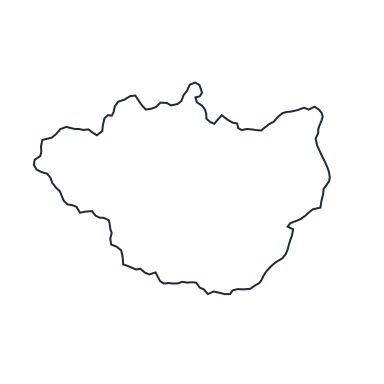 the district of Araújos, Minas Gerais, Brazil, rotated 255°
{"feature_id": "56859067B13724994892972", "entity_name": "Araújos", "entity_type": "district", "adm_level": 2, "iso_a3": "BRA", "parent_name": "Brazil", "parent_adm1": "Minas Gerais", "projection": "albers", "projection_center": [-45.174, -19.885], "detail": "fine", "context": "isolated", "style": "outline", "palette": "slate", "viewbox_px": 384, "rotation_deg": 255, "n_neighbors": 0, "source": "geoboundaries", "source_scale": "gbopen_adm2", "svg_char_len": 2266}
<svg xmlns="http://www.w3.org/2000/svg" viewBox="0 0 384 384"><g transform="rotate(255 192 192)"><path d="M263.9,48.4L259.1,46.2L253.8,47.7L250.1,51.9L247.1,56.9L242.1,59.0L237.0,59.4L231.1,61.9L226.8,64.6L221.7,65.2L216.6,65.9L212.1,68.8L210.3,72.9L207.6,76.6L201.0,78.4L200.6,84.2L199.4,90.5L194.2,92.7L191.1,96.1L189.8,100.3L186.1,104.4L180.9,104.0L177.1,103.5L173.1,103.8L168.2,101.0L162.2,100.3L158.8,104.9L154.0,108.5L148.1,108.3L143.6,107.5L139.9,106.8L137.1,110.9L134.4,114.4L131.6,117.9L131.3,122.2L126.5,125.5L123.4,129.4L123.8,136.0L118.5,137.1L114.2,138.1L110.9,141.1L110.1,146.0L108.5,150.0L107.4,154.6L107.7,159.6L105.6,164.2L105.0,168.1L103.4,172.6L97.7,174.7L95.0,178.1L89.3,180.9L90.3,187.2L87.6,192.3L84.8,197.3L83.6,202.4L86.4,205.7L86.4,210.9L84.6,216.6L83.4,223.3L85.3,228.4L86.5,233.1L88.9,236.3L92.8,239.6L96.1,243.3L98.9,247.7L101.2,251.8L103.0,256.4L104.5,262.1L107.7,266.4L111.8,269.6L115.7,271.7L119.5,274.1L124.2,277.4L129.8,280.0L133.8,275.4L136.5,278.9L137.0,284.3L137.6,289.4L139.7,295.2L142.2,300.0L144.0,304.3L143.7,312.0L150.4,315.0L155.7,318.0L160.7,319.8L164.1,323.9L167.1,327.4L170.6,328.9L175.6,329.5L180.9,329.1L185.1,328.5L189.8,327.6L195.1,326.5L198.9,325.9L204.4,324.9L211.5,325.2L216.2,329.1L219.9,330.2L223.3,332.4L227.4,335.6L231.1,337.8L235.2,337.6L238.7,335.9L242.6,332.6L241.5,326.0L244.4,322.0L243.8,314.9L244.0,308.7L244.8,304.4L244.8,299.8L242.1,294.1L238.7,289.1L237.6,284.3L235.8,279.7L233.5,274.8L234.9,270.7L236.6,266.8L238.7,261.3L238.9,256.1L241.8,253.2L246.6,253.3L248.3,249.4L252.4,245.2L258.5,240.6L255.0,235.2L252.1,231.1L255.0,227.6L259.1,224.9L263.6,226.0L268.1,225.9L272.8,224.1L277.5,219.8L282.5,219.8L282.4,224.2L285.3,227.4L289.2,227.2L293.5,226.8L296.9,223.3L296.2,217.6L291.0,213.3L287.5,208.7L282.8,205.5L280.7,200.9L281.1,194.1L284.5,190.7L286.5,184.6L283.4,179.1L283.0,174.1L283.6,168.7L287.1,166.8L291.2,165.1L295.9,163.5L299.8,162.2L300.6,157.0L298.7,150.7L298.3,144.0L294.5,139.4L289.7,137.1L286.5,134.3L288.0,130.7L285.7,126.4L278.9,122.9L274.1,121.1L271.4,114.8L275.1,111.4L279.3,108.1L280.0,103.3L281.9,99.6L283.5,94.5L287.4,87.4L286.9,81.3L283.2,75.8L280.8,70.7L280.9,65.5L281.0,60.9L275.0,57.9L270.0,56.9L266.0,54.8L263.9,48.4Z" fill="none" stroke="#1e293b" stroke-width="2"/></g></svg>